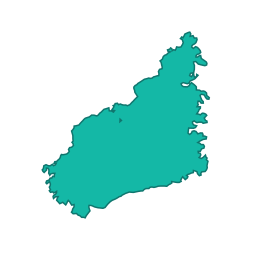 Goioxim, Paraná, Brazil (Natural Earth projection), rotated 72°
{"feature_id": "56859067B63744062598217", "entity_name": "Goioxim", "entity_type": "district", "adm_level": 2, "iso_a3": "BRA", "parent_name": "Brazil", "parent_adm1": "Paraná", "projection": "natural_earth1", "projection_center": [-52.013, -25.138], "detail": "fine", "context": "isolated", "style": "filled", "palette": "teal", "viewbox_px": 256, "rotation_deg": 72, "n_neighbors": 0, "source": "geoboundaries", "source_scale": "gbopen_adm2", "svg_char_len": 5190}
<svg xmlns="http://www.w3.org/2000/svg" viewBox="0 0 256 256"><g transform="rotate(72 128 128)"><path d="M185.9,63.2L184.3,62.2L182.4,63.3L181.0,62.1L179.8,62.8L177.7,62.7L179.2,65.6L179.6,67.8L178.1,69.5L177.3,68.2L176.1,67.1L174.4,67.1L173.4,68.8L171.9,68.5L172.5,66.4L170.6,64.5L170.6,62.0L169.0,61.0L167.1,61.4L166.3,63.6L164.8,64.4L163.4,66.1L162.7,63.8L162.3,61.5L162.1,59.9L162.6,57.0L160.7,56.0L159.4,57.6L158.8,59.2L157.5,58.7L155.8,58.8L155.1,60.5L155.1,63.4L152.3,64.4L151.1,66.0L151.0,68.0L152.5,69.3L153.2,71.4L151.4,72.5L148.4,71.1L146.8,70.3L147.6,68.2L148.5,65.7L148.4,63.7L147.1,62.0L145.5,64.5L143.6,65.2L142.0,64.7L141.7,62.8L143.0,62.0L144.2,60.8L144.4,58.6L145.3,56.0L146.7,55.1L147.0,52.8L147.2,51.1L145.8,50.8L144.7,52.0L142.1,52.4L140.3,49.2L138.8,49.8L137.4,51.4L136.9,52.8L137.8,55.2L136.7,56.4L135.8,58.3L133.9,55.9L132.6,54.8L131.6,53.1L130.2,52.6L129.1,55.8L127.5,54.0L126.1,54.1L124.2,53.1L124.7,51.5L126.9,50.8L127.6,48.7L126.0,48.3L124.5,49.1L122.0,49.4L119.2,49.4L118.6,47.8L119.9,45.5L121.5,45.0L123.0,44.8L124.9,43.9L125.6,42.2L124.3,41.3L122.7,42.2L121.5,43.1L119.0,42.5L117.0,43.6L116.1,44.9L115.6,47.2L114.2,48.2L112.9,51.2L110.0,50.3L108.6,50.9L106.9,51.9L104.5,53.6L105.4,55.5L106.6,56.6L107.2,58.9L105.9,62.3L105.0,63.3L103.7,63.8L102.3,63.8L101.8,61.6L104.2,58.0L104.2,56.3L102.4,54.2L102.3,52.1L101.9,49.4L100.6,47.0L100.0,49.1L98.1,49.1L95.7,48.6L92.8,46.8L89.0,45.5L86.8,45.6L85.4,45.2L85.7,43.0L88.9,41.4L90.5,39.0L91.7,37.0L92.5,35.6L92.4,33.8L91.0,33.0L89.5,33.1L87.9,34.2L86.2,35.5L84.5,36.8L81.5,36.5L81.4,38.0L82.0,39.8L81.6,41.4L80.4,41.1L79.4,39.6L79.5,37.3L78.6,35.5L76.9,35.4L75.6,35.8L74.3,36.3L72.8,37.1L71.5,38.6L72.5,41.3L70.8,42.4L69.4,41.7L68.8,40.3L68.6,38.8L67.8,37.0L65.3,35.0L63.6,34.9L62.9,37.2L60.3,37.6L60.0,40.6L57.8,39.2L55.9,39.6L55.8,41.1L56.0,43.0L56.2,44.8L57.9,46.4L59.2,47.8L58.0,48.7L59.2,50.5L60.7,49.1L62.2,49.1L63.9,49.1L65.3,50.3L67.3,52.6L66.9,54.8L65.9,56.7L67.7,58.0L68.7,59.1L67.7,60.3L68.1,62.0L66.2,61.8L65.0,62.7L65.9,64.0L65.9,66.3L67.3,66.3L68.6,64.4L69.2,67.1L70.1,68.6L70.2,70.7L70.9,72.3L73.2,74.1L74.1,76.8L75.8,76.2L78.6,76.5L80.4,76.6L82.1,77.2L82.0,79.9L83.7,81.6L86.0,81.8L87.7,82.6L87.4,84.1L87.4,86.3L87.3,87.9L88.0,89.6L87.7,91.6L86.9,92.8L86.9,94.7L86.7,97.4L87.7,100.9L88.2,102.9L88.7,104.9L89.5,106.2L89.8,108.1L90.9,109.8L92.3,110.2L94.3,110.1L96.2,110.4L101.1,109.1L103.0,112.9L104.2,114.9L104.8,116.3L106.4,119.1L106.6,121.7L105.5,122.9L104.9,124.9L104.2,126.2L102.8,127.9L102.9,129.8L101.2,130.4L100.8,132.7L102.0,133.6L102.1,135.2L103.4,134.8L104.3,135.8L105.2,137.1L106.6,138.6L105.9,140.5L102.9,140.0L102.9,143.0L102.8,145.0L103.6,146.7L104.5,148.3L105.2,150.4L106.5,152.3L106.9,153.9L105.3,156.3L104.5,158.6L105.5,161.2L105.5,165.6L106.3,167.5L107.1,168.7L107.9,170.3L108.9,172.1L110.0,173.8L109.8,177.1L109.5,178.6L111.2,179.3L112.6,181.0L113.4,182.6L116.3,182.7L118.3,182.8L121.4,183.8L123.4,184.2L124.3,185.7L125.8,185.1L127.8,185.3L128.9,187.6L128.6,189.6L130.0,191.2L132.2,191.1L133.4,193.1L133.8,194.5L133.6,196.2L133.3,198.2L132.6,199.5L133.5,200.6L134.9,201.4L136.1,202.7L136.9,204.6L137.8,206.3L137.4,208.0L138.8,209.3L139.4,207.2L140.6,208.5L140.8,210.5L139.2,211.1L139.9,213.9L139.2,215.5L137.6,217.3L137.9,219.7L140.5,221.1L141.3,222.5L142.9,222.3L144.4,221.5L143.6,219.9L142.8,218.4L140.9,218.0L141.5,216.5L143.1,216.1L144.8,216.6L146.4,217.4L148.8,217.0L147.8,215.7L147.9,213.4L148.5,211.6L149.9,212.6L151.4,213.1L150.7,214.5L152.0,215.9L151.6,217.5L153.1,219.2L153.2,221.8L154.8,223.0L156.0,222.4L154.8,219.2L157.3,219.1L158.9,219.9L159.9,221.1L162.7,220.8L163.3,222.2L165.2,221.6L165.5,219.3L166.9,218.7L166.6,217.1L166.2,215.5L167.6,216.0L168.7,217.6L169.0,219.5L170.2,220.5L172.0,220.6L171.0,218.3L171.7,215.6L173.0,217.0L174.7,218.2L176.3,217.4L178.9,216.3L178.5,213.0L180.6,211.8L181.9,211.0L180.8,209.7L179.8,208.8L178.4,207.2L180.4,206.2L182.0,205.9L184.0,205.3L184.1,203.0L186.2,203.6L188.0,205.7L189.4,206.5L190.6,207.8L192.6,206.7L193.4,203.4L195.4,202.4L196.6,200.8L198.6,199.7L199.2,197.8L200.2,196.5L198.5,194.8L196.2,191.5L195.1,189.8L192.4,189.8L191.1,189.7L189.6,189.0L190.1,187.3L191.0,186.0L192.7,184.2L194.5,181.3L195.8,178.4L196.6,176.6L196.5,174.4L195.3,172.6L194.2,170.9L192.6,167.7L191.9,165.4L191.6,161.9L191.2,159.8L190.6,157.6L190.7,155.7L190.0,154.2L189.7,152.1L189.4,150.5L189.4,148.8L189.3,146.6L190.2,144.5L190.9,142.8L191.5,137.5L191.9,135.1L192.4,133.4L191.5,131.8L191.1,129.8L192.0,126.9L191.2,125.3L191.5,123.5L192.5,121.7L192.7,119.6L192.7,117.1L193.3,114.8L194.4,111.4L195.4,109.1L194.5,106.8L194.3,105.0L193.8,103.3L192.4,103.0L193.6,100.8L194.8,98.5L195.6,96.1L195.2,93.9L194.0,94.0L192.5,92.6L191.3,91.1L193.5,90.1L194.8,89.5L193.8,86.9L192.5,86.0L191.2,87.0L190.6,85.4L190.7,83.6L190.4,82.0L190.6,79.7L188.6,78.9L189.7,77.3L190.9,75.9L193.0,76.0L195.4,74.9L195.3,73.0L193.7,72.9L192.5,71.3L193.2,68.1L192.0,66.3L190.3,64.9L188.2,64.5L185.9,63.2ZM95.7,48.6L97.5,50.3L98.8,51.7L97.2,53.2L95.3,51.7L95.7,48.6ZM106.6,138.6L106.6,136.7L107.3,135.4L108.4,136.9L106.6,138.6ZM118.8,131.9L119.5,133.7L117.2,132.8L118.8,131.9ZM100.6,47.0L99.5,45.1L98.3,46.1L100.6,47.0Z" fill="#14b8a6" stroke="#0f766e" stroke-width="1.5"/></g></svg>